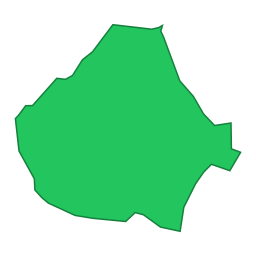 Moravske Toplice, Equal Earth projection
{"feature_id": "SVN-1044", "entity_name": "Moravske Toplice", "entity_type": "Municipality", "adm_level": 1, "iso_a3": "SVN", "parent_name": "Slovenia", "parent_adm1": "", "projection": "equal_earth", "projection_center": [16.276, 46.713], "detail": "fine", "context": "isolated", "style": "filled", "palette": "green", "viewbox_px": 256, "rotation_deg": 0, "n_neighbors": 0, "source": "natural_earth", "source_scale": "10m", "svg_char_len": 617}
<svg xmlns="http://www.w3.org/2000/svg" viewBox="0 0 256 256"><path d="M162.4,25.5L160.8,31.2L163.5,36.9L179.8,80.9L193.3,96.3L203.5,113.9L214.6,125.5L231.0,123.0L231.4,148.8L240.6,152.3L238.9,155.2L229.8,170.7L224.4,168.8L211.4,164.3L203.7,172.1L195.6,183.7L183.8,207.3L180.1,231.3L160.5,227.1L143.4,214.7L135.1,212.6L125.7,221.5L92.7,218.3L75.0,215.4L48.5,203.2L42.1,197.9L34.9,190.0L34.3,178.7L19.0,151.0L15.4,118.6L18.5,115.3L25.7,105.7L32.5,105.6L56.8,78.3L65.5,79.3L72.5,75.5L82.4,59.8L92.5,51.8L112.9,24.7L151.7,29.2L158.7,27.6L161.5,26.0L162.4,25.5Z" fill="#22c55e" stroke="#15803d" stroke-width="1.5"/></svg>